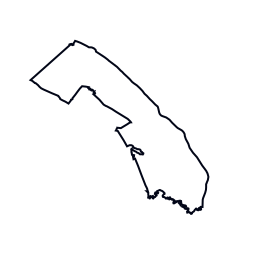 outline of Piedrujas pag., Kraslavas, Latvia, rotated 216°
{"feature_id": "27541924B60007072574234", "entity_name": "Piedrujas pag.", "entity_type": "district", "adm_level": 2, "iso_a3": "LVA", "parent_name": "Latvia", "parent_adm1": "Kraslavas", "projection": "mercator", "projection_center": [27.471, 55.816], "detail": "fine", "context": "isolated", "style": "outline", "palette": "ink", "viewbox_px": 256, "rotation_deg": 216, "n_neighbors": 0, "source": "geoboundaries", "source_scale": "gbopen_adm2", "svg_char_len": 5448}
<svg xmlns="http://www.w3.org/2000/svg" viewBox="0 0 256 256"><g transform="rotate(216 128 128)"><path d="M21.3,107.9L25.4,113.9L26.0,115.4L27.5,121.0L28.6,123.8L29.9,125.9L31.8,128.5L31.9,129.4L32.2,130.1L32.8,132.8L34.2,135.7L35.6,136.9L37.0,138.0L39.6,139.3L46.0,141.3L55.0,144.9L60.9,146.2L66.5,148.2L69.9,150.7L74.7,153.0L77.2,154.8L78.6,156.3L79.5,156.8L80.7,157.3L82.1,157.6L83.3,157.7L87.7,157.2L89.1,157.3L95.4,158.2L99.3,159.1L103.2,159.0L107.0,157.9L108.3,157.6L109.2,157.7L110.5,158.0L111.8,158.8L115.2,161.8L116.6,162.8L119.8,163.0L124.2,163.8L127.3,164.2L131.6,165.1L134.7,165.4L138.1,166.5L141.8,167.2L145.9,167.7L149.4,167.6L151.8,167.7L155.2,168.5L163.3,169.5L165.7,170.0L167.6,170.1L172.8,171.0L183.2,171.2L184.5,171.4L188.3,171.5L198.8,171.0L199.9,172.0L200.3,172.2L202.4,172.4L204.7,171.9L207.1,170.3L209.6,170.1L216.4,169.0L219.9,168.1L222.0,167.4L221.8,165.7L221.8,164.4L221.4,163.8L221.0,163.3L221.2,163.0L221.6,163.3L221.8,163.1L221.6,162.5L221.9,162.3L222.2,162.3L222.3,162.8L222.5,162.9L223.2,162.8L223.7,162.3L224.1,161.5L224.4,161.4L224.5,161.2L224.3,160.7L224.0,160.6L223.8,160.7L235.0,109.5L232.9,109.9L231.2,109.7L230.5,109.8L229.9,109.6L229.1,110.0L226.0,109.8L223.8,109.3L221.5,109.1L218.5,109.6L209.6,111.5L203.4,113.0L203.3,112.8L202.9,112.7L202.1,112.6L201.0,112.3L199.8,111.6L197.3,111.9L194.1,112.5L190.5,112.8L190.4,116.7L190.7,117.4L190.2,117.9L189.9,118.7L190.1,119.0L190.4,119.4L190.2,123.9L190.2,127.6L190.1,131.7L189.7,134.8L186.4,136.7L184.5,137.6L184.6,137.3L184.4,137.3L184.1,137.1L183.7,137.1L183.5,136.9L183.1,137.0L182.7,136.8L182.6,137.4L182.5,137.6L181.9,137.6L181.7,137.3L181.3,137.6L181.1,137.5L181.1,137.0L180.8,137.2L180.5,136.9L180.3,136.9L180.1,137.1L179.8,136.9L179.5,137.0L179.7,137.5L179.3,138.0L178.8,138.0L177.2,137.7L176.8,137.4L176.8,137.1L176.7,137.1L176.6,137.3L176.5,136.9L176.1,137.2L175.1,136.8L175.1,136.6L175.2,136.4L175.1,136.2L175.3,135.9L175.3,135.7L175.7,135.0L167.8,134.1L161.5,132.6L159.0,132.8L158.0,133.1L152.1,133.9L147.4,134.1L133.5,135.2L129.6,134.6L128.9,134.3L129.7,133.6L130.8,130.6L132.5,126.6L133.7,123.7L136.7,122.0L136.6,121.9L136.7,120.6L136.4,119.9L136.3,118.8L134.6,119.6L124.6,115.6L119.7,113.4L118.0,112.6L116.6,115.0L115.2,116.0L114.0,116.3L113.3,116.2L112.5,115.7L111.9,115.7L111.5,115.4L109.7,116.1L107.9,116.4L106.6,117.3L106.2,117.3L105.5,117.6L104.5,117.3L104.0,116.7L103.4,116.4L103.0,116.5L102.4,116.8L101.5,116.4L101.2,116.5L100.8,116.6L100.6,116.4L100.5,116.1L100.7,115.8L100.7,115.6L100.5,115.3L100.6,115.2L101.5,114.8L102.8,113.8L104.6,113.9L106.3,113.4L107.6,113.6L108.9,113.2L111.7,113.0L112.7,113.2L112.8,113.4L112.9,113.1L112.8,112.9L112.8,112.6L112.0,112.0L111.9,111.6L111.5,111.2L111.1,110.8L111.1,110.6L110.9,110.5L110.9,110.4L110.3,110.0L110.2,109.8L110.0,109.7L109.1,108.7L107.1,109.6L107.0,109.4L107.3,109.2L106.6,108.6L107.5,108.1L105.2,106.0L104.5,107.3L104.3,107.4L97.5,103.2L89.2,97.7L80.0,91.8L77.8,90.7L76.5,89.9L76.4,89.7L74.5,88.3L75.4,87.8L74.2,87.6L74.0,87.9L73.6,87.6L72.6,86.2L71.6,85.2L70.8,83.6L70.1,84.0L69.3,83.7L69.0,83.8L69.0,84.5L69.8,85.8L69.8,86.1L69.4,86.2L68.9,85.9L68.6,85.9L68.1,86.6L68.0,86.9L68.2,87.2L67.9,87.7L67.2,87.4L67.0,86.9L67.0,86.1L66.9,85.8L66.5,85.7L66.1,85.9L66.1,86.3L66.2,87.5L65.8,88.0L65.5,88.2L65.5,88.5L65.6,89.1L65.6,89.6L65.3,89.9L65.2,90.1L65.2,90.3L65.3,90.5L65.9,90.8L66.6,90.3L67.1,90.3L67.4,90.4L67.6,90.6L68.0,91.8L67.9,92.1L67.6,92.3L67.0,92.1L66.2,92.2L65.4,92.8L65.5,93.3L66.7,93.4L67.3,94.0L65.9,96.5L65.5,96.7L64.9,96.7L63.5,97.1L62.1,97.1L60.2,96.8L59.7,96.2L59.8,95.9L60.1,95.5L60.2,95.3L60.2,94.9L60.1,94.6L60.2,93.8L60.0,93.4L59.4,92.9L59.2,92.8L58.8,92.9L58.2,93.4L57.6,93.5L56.3,93.4L56.1,93.2L55.8,93.2L55.6,93.4L55.6,93.7L55.4,93.9L55.4,94.3L55.3,94.8L55.2,94.8L54.6,94.1L54.3,94.1L54.2,94.2L54.1,94.7L54.4,95.0L53.9,95.8L53.3,96.6L52.9,96.5L52.6,96.3L52.7,96.0L53.4,95.3L53.3,95.0L53.2,94.7L52.8,94.5L52.6,94.6L52.5,95.0L51.8,95.7L51.6,95.8L50.9,95.8L50.9,96.3L50.6,96.5L50.1,96.6L49.9,96.4L49.4,96.3L49.2,96.4L49.1,96.8L48.0,96.7L47.9,96.7L47.8,96.2L48.1,96.0L48.1,95.8L47.5,95.4L47.4,95.1L47.5,94.4L47.1,93.9L46.9,93.8L46.5,94.1L46.5,94.3L46.2,94.5L46.0,95.0L46.4,95.1L46.2,95.6L46.2,95.9L46.3,96.0L46.6,95.8L46.6,96.0L46.4,96.2L45.3,96.6L45.3,96.8L45.9,97.0L45.5,97.5L45.1,97.6L45.1,97.3L45.0,97.2L44.5,97.8L43.4,97.9L43.4,98.1L43.9,98.1L44.2,98.4L43.8,98.6L43.8,99.2L43.3,99.5L43.2,99.7L42.6,99.5L42.4,99.7L42.3,99.3L41.9,99.2L41.5,99.4L40.8,98.6L41.2,97.8L41.7,97.1L41.3,97.1L40.8,97.0L40.6,96.9L40.6,96.7L40.2,96.5L40.1,96.8L40.0,97.0L39.7,97.2L39.8,97.7L39.9,97.9L39.2,97.8L38.6,98.0L38.3,97.6L38.2,97.2L37.8,96.7L37.9,96.3L36.9,96.5L36.4,97.0L36.2,97.0L36.2,97.7L37.3,98.4L36.5,98.9L35.6,99.1L35.3,99.0L34.7,98.5L35.0,98.2L35.8,97.8L35.6,96.8L35.2,96.4L34.9,96.2L34.1,96.3L33.2,96.8L32.7,98.0L32.3,98.3L31.8,98.4L31.4,98.1L31.2,96.7L30.5,96.4L31.1,95.3L31.0,94.9L30.3,94.4L29.8,95.1L30.1,95.8L30.1,96.1L29.7,96.1L28.8,95.7L28.3,95.7L28.0,96.1L27.7,96.2L27.3,95.9L26.5,95.6L26.2,95.9L26.0,96.5L26.3,97.3L26.2,98.1L25.8,98.8L25.7,99.4L25.7,100.0L25.8,100.5L25.8,101.2L25.6,101.7L25.7,102.6L25.5,102.9L24.8,103.0L24.4,102.5L24.0,102.3L23.8,102.3L23.4,102.7L22.9,102.7L22.7,103.1L22.7,103.8L23.0,104.1L23.3,104.4L23.5,104.8L23.5,105.1L23.1,105.6L22.9,105.1L22.6,104.7L21.5,104.2L21.2,104.5L21.0,105.0L21.1,105.3L21.6,105.7L22.4,105.7L22.5,105.9L22.6,106.3L22.9,106.7L22.9,106.8L22.8,107.0L21.3,107.9Z" fill="none" stroke="#020617" stroke-width="2"/></g></svg>